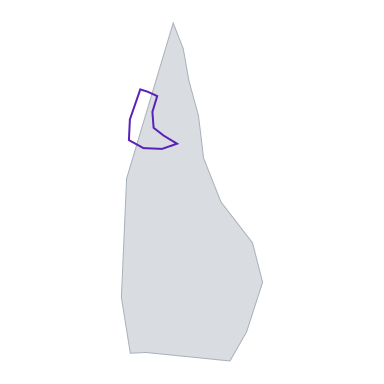 Liechtenstein, with Gamprin highlighted
{"feature_id": "LIE-4897", "entity_name": "Gamprin", "entity_type": "state/province", "adm_level": 1, "iso_a3": "LIE", "parent_name": "Liechtenstein", "parent_adm1": "", "projection": "mercator", "projection_center": [9.505, 47.21], "detail": "fine", "context": "in_parent", "style": "outline", "palette": "violet", "viewbox_px": 384, "rotation_deg": 0, "n_neighbors": 0, "source": "natural_earth", "source_scale": "10m", "svg_char_len": 507}
<svg xmlns="http://www.w3.org/2000/svg" viewBox="0 0 384 384"><path d="M230.0,361.0L146.0,352.5L130.3,353.2L121.4,297.5L126.6,178.6L173.2,23.0L183.2,48.6L189.0,81.1L198.5,115.8L203.6,158.2L220.9,201.9L252.5,242.8L262.6,282.3L246.6,331.8L230.0,361.0Z" fill="#d9dde1" stroke="#a8b0b8" stroke-width="1"/><path d="M128.9,140.1L129.9,119.4L140.3,89.4L147.6,91.7L157.2,96.1L152.4,111.9L153.6,127.8L163.8,135.7L177.0,143.7L162.0,148.9L143.4,148.1L128.9,140.1Z" fill="none" stroke="#5b21b6" stroke-width="2"/></svg>